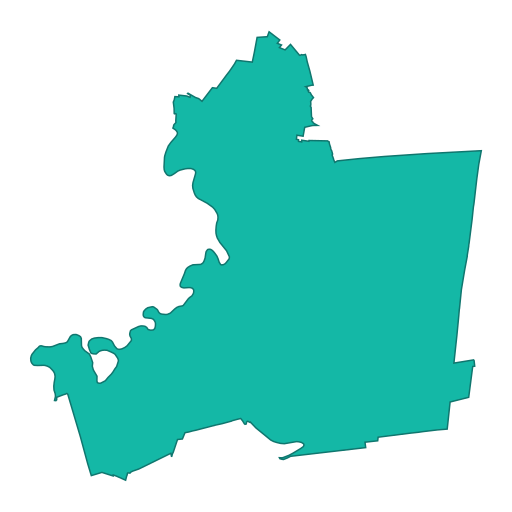 El Higo, Veracruz, Mexico (orthographic projection)
{"feature_id": "50627088B45617363744287", "entity_name": "El Higo", "entity_type": "district", "adm_level": 2, "iso_a3": "MEX", "parent_name": "Mexico", "parent_adm1": "Veracruz", "projection": "orthographic", "projection_center": [-98.455, 21.767], "detail": "fine", "context": "isolated", "style": "filled", "palette": "teal", "viewbox_px": 512, "rotation_deg": 0, "n_neighbors": 0, "source": "geoboundaries", "source_scale": "gbopen_adm2", "svg_char_len": 5969}
<svg xmlns="http://www.w3.org/2000/svg" viewBox="0 0 512 512"><path d="M54.5,400.5L55.9,400.7L56.5,400.0L56.7,399.8L56.7,397.3L63.2,394.8L65.8,394.0L66.6,393.5L67.0,393.5L67.8,394.3L80.4,436.8L87.7,463.7L91.3,475.6L101.9,472.4L112.9,475.9L112.8,475.6L113.1,474.9L116.6,476.2L125.6,480.2L126.7,476.0L127.2,474.8L127.4,473.4L127.8,472.9L130.0,473.1L130.7,472.2L132.5,471.2L138.8,469.0L170.8,453.3L171.6,456.9L172.4,454.0L173.3,452.1L177.5,439.5L182.4,439.0L185.0,432.7L188.7,432.0L192.7,430.9L196.0,430.2L215.5,425.1L222.0,423.7L231.5,421.1L232.2,420.7L237.3,419.3L240.7,418.5L242.7,421.0L244.3,423.7L245.0,424.3L246.2,424.0L246.6,422.1L247.2,421.4L247.8,421.3L248.4,421.5L249.1,422.0L250.1,422.4L250.4,422.1L255.9,427.9L270.7,440.0L273.6,441.5L276.8,442.5L280.6,443.4L284.3,443.7L296.5,441.6L298.8,441.8L301.4,442.4L303.6,443.8L303.9,444.6L303.9,445.5L303.2,446.7L300.7,448.5L292.9,453.2L289.0,455.3L283.0,457.6L281.8,457.8L279.4,457.7L279.9,458.7L282.0,459.3L283.5,459.5L287.3,458.0L290.6,456.3L365.7,447.6L365.0,442.2L377.7,440.8L378.1,437.2L409.8,433.2L418.2,432.3L423.0,431.6L437.4,429.9L447.2,429.1L450.1,402.0L468.7,397.3L472.7,366.5L474.7,366.2L474.1,360.6L473.6,359.9L453.9,363.1L456.9,335.3L458.8,315.5L459.3,309.5L459.5,308.4L461.4,289.6L464.7,269.8L467.3,256.0L467.2,255.6L468.7,246.4L468.8,244.8L469.1,243.1L472.1,219.4L473.4,206.9L473.9,204.0L476.8,178.8L478.8,164.1L481.3,150.7L426.7,153.6L384.1,156.5L359.4,158.6L337.3,160.9L334.9,162.4L333.7,159.8L333.4,158.5L332.1,155.0L332.6,154.1L331.7,150.8L330.8,149.2L330.6,147.4L329.5,144.1L329.1,141.8L328.3,141.5L328.2,141.3L327.6,140.9L309.0,140.5L308.9,141.3L301.7,140.2L301.7,141.9L298.5,141.4L298.5,139.7L296.4,139.3L296.9,135.2L303.1,136.2L304.7,127.3L311.1,125.8L312.7,125.5L317.6,125.4L314.3,123.6L313.0,122.6L312.9,122.1L312.0,121.5L311.7,120.1L312.4,119.1L312.8,118.8L311.5,116.7L311.1,107.2L310.5,106.7L310.4,106.0L310.5,105.5L310.8,105.2L310.8,103.1L310.6,101.5L312.1,99.1L313.5,97.6L311.4,94.9L310.3,92.8L309.7,92.3L308.6,92.1L308.2,90.7L308.7,90.3L308.3,89.9L308.0,90.0L307.6,89.9L307.6,89.4L307.3,89.1L307.3,88.1L306.9,87.4L306.7,87.4L306.6,87.2L305.7,86.7L311.4,85.3L313.2,85.1L309.9,71.3L307.2,61.7L306.2,57.0L305.5,54.7L305.2,54.4L304.9,54.7L302.4,54.9L301.5,54.6L300.0,55.4L299.4,55.1L290.5,44.4L285.1,49.9L279.4,47.6L281.5,45.0L277.3,43.3L279.8,40.0L269.1,31.8L267.3,36.7L257.1,37.4L254.3,52.5L252.3,62.1L236.5,60.3L234.4,64.1L229.6,71.1L226.5,75.1L216.7,88.3L212.4,87.7L202.0,101.3L198.7,98.6L195.5,97.5L188.0,93.2L187.6,93.6L190.5,95.3L190.0,97.3L186.7,96.0L178.8,95.1L178.9,96.8L174.9,96.6L174.2,100.0L173.3,102.1L174.1,108.4L174.2,113.5L174.4,113.8L175.9,113.7L176.2,114.4L175.8,120.6L175.9,122.6L174.0,124.6L173.6,125.5L173.7,125.9L172.9,128.1L175.5,129.9L176.5,131.0L177.3,132.3L177.4,133.1L177.3,134.1L176.7,135.4L175.5,137.1L170.9,142.4L168.3,146.0L165.9,152.1L164.8,155.7L164.5,157.2L164.0,167.0L164.2,169.6L164.6,171.1L165.2,172.2L166.6,174.3L167.5,175.1L168.0,175.3L169.1,175.7L169.9,175.7L171.4,175.4L174.5,173.5L177.8,171.1L180.1,170.1L185.2,168.8L187.8,168.5L191.0,168.5L193.6,169.4L195.1,170.6L195.7,172.1L195.5,173.9L193.0,182.6L192.6,185.5L192.9,188.4L194.3,192.9L195.2,195.0L196.4,196.8L198.3,198.5L207.1,203.2L212.7,207.2L214.7,209.4L217.2,213.6L217.8,215.4L218.0,217.3L217.8,220.0L216.7,223.0L216.2,226.2L215.9,230.1L216.0,233.2L216.5,235.6L217.3,238.0L219.9,242.5L226.6,250.8L229.4,256.8L229.3,258.2L229.0,259.0L226.2,262.6L224.9,263.9L223.3,264.7L221.4,264.9L220.6,264.5L219.2,262.3L218.1,258.9L216.9,256.1L214.9,253.3L213.6,251.7L212.4,250.5L210.7,249.4L209.3,249.2L208.1,249.4L207.6,249.6L206.2,251.5L205.8,253.1L205.1,258.0L204.1,260.9L203.2,262.6L202.2,263.5L200.8,264.4L192.9,264.8L189.9,266.1L187.7,267.5L186.5,268.7L185.5,270.4L184.4,273.7L180.4,283.3L180.2,284.1L180.1,285.0L180.3,286.2L181.1,287.0L182.1,287.5L183.9,287.9L188.2,287.6L190.3,287.6L192.0,288.1L192.8,288.7L193.5,289.6L193.7,290.1L193.7,292.0L193.4,293.4L191.9,295.9L189.5,297.6L188.2,298.9L183.3,305.4L182.3,305.9L178.9,306.5L176.8,307.4L174.7,309.0L170.4,313.1L167.3,314.4L165.6,314.5L161.7,314.1L160.2,313.6L158.9,312.5L157.5,309.9L156.8,309.2L153.9,307.1L152.8,306.7L151.3,306.9L147.8,307.7L145.8,309.0L144.2,310.7L143.5,311.9L143.3,313.3L143.2,314.8L143.3,315.5L143.6,316.3L144.0,316.9L145.1,317.7L151.4,318.4L153.2,319.2L153.8,319.8L154.8,321.3L155.2,322.1L155.5,323.7L155.4,325.9L155.2,327.1L154.7,328.6L153.6,329.7L152.9,330.0L150.6,330.2L148.1,329.5L146.7,327.4L145.0,326.3L143.3,326.0L141.0,325.9L138.6,326.5L131.5,329.8L130.5,330.7L129.9,332.9L129.7,334.2L130.0,335.9L131.2,338.2L131.4,338.9L131.4,340.3L131.0,341.0L127.1,345.8L124.8,347.5L121.8,348.9L119.8,349.3L118.7,349.3L117.7,349.1L116.9,348.7L114.7,346.2L114.0,345.0L112.5,342.1L111.2,340.6L108.8,339.4L106.4,338.6L103.2,337.9L101.9,337.6L98.3,337.6L94.3,338.1L91.7,339.0L89.8,340.6L89.2,341.2L88.7,342.4L88.1,345.1L89.5,349.7L90.8,352.8L91.4,353.3L93.1,353.8L96.1,354.0L99.0,351.5L100.5,350.8L102.4,350.3L104.4,350.1L107.1,350.3L111.3,352.1L113.7,353.3L115.1,354.3L117.7,358.2L118.2,359.5L118.4,360.6L118.3,361.3L116.6,366.6L115.0,368.7L112.9,372.1L111.3,374.2L108.0,377.5L105.9,380.1L105.1,380.9L101.0,383.0L100.1,383.3L98.9,383.2L97.7,382.8L97.3,382.5L96.9,380.9L97.0,376.2L93.6,370.4L93.1,369.1L92.3,366.2L92.7,362.7L90.8,357.0L89.3,354.0L85.0,350.9L83.5,349.3L82.0,347.3L81.5,345.6L81.3,338.4L80.5,336.7L78.9,335.6L76.5,334.6L75.8,334.5L73.4,334.6L72.6,334.9L71.8,335.3L70.4,336.4L67.7,341.2L67.1,342.0L66.3,342.5L65.4,342.9L63.2,343.4L59.5,343.8L52.5,346.5L50.0,346.9L45.8,346.8L43.8,346.5L41.8,345.9L40.8,345.8L39.6,346.1L39.1,346.5L38.3,347.5L35.5,349.9L32.0,354.3L31.3,355.8L30.7,358.1L30.8,360.2L31.0,361.4L31.4,362.4L32.0,363.4L33.4,364.9L34.3,365.3L37.8,365.5L43.3,365.3L44.9,365.4L47.5,366.2L49.8,367.4L50.6,368.2L52.8,370.5L53.6,371.6L54.4,373.0L54.8,374.5L55.1,376.4L54.9,378.6L54.2,382.4L53.8,386.1L54.0,390.0L55.2,393.7L55.4,395.5L55.4,396.7L54.5,400.5Z" fill="#14b8a6" stroke="#0f766e" stroke-width="1.5"/></svg>